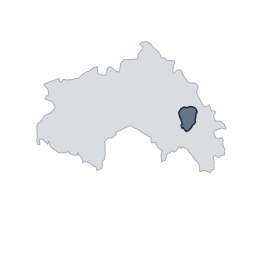 Kérouané on a map of Guinea (Natural Earth projection), rotated 334°
{"feature_id": "GIN-5642", "entity_name": "Kérouané", "entity_type": "Prefecture", "adm_level": 1, "iso_a3": "GIN", "parent_name": "Guinea", "parent_adm1": "", "projection": "natural_earth1", "projection_center": [-8.86, 9.325], "detail": "fine", "context": "in_parent", "style": "filled", "palette": "slate", "viewbox_px": 256, "rotation_deg": 334, "n_neighbors": 0, "source": "natural_earth", "source_scale": "10m", "svg_char_len": 4116}
<svg xmlns="http://www.w3.org/2000/svg" viewBox="0 0 256 256"><g transform="rotate(334 128 128)"><path d="M153.8,168.7L152.0,168.4L151.1,168.8L148.7,172.1L147.2,173.4L145.0,173.0L144.1,173.3L143.5,172.9L144.4,171.1L145.5,167.5L148.5,163.8L148.6,163.1L147.4,160.9L146.1,158.1L146.1,155.0L145.9,152.7L143.2,152.1L142.7,151.7L142.6,151.0L144.1,147.1L144.3,146.3L144.1,145.6L142.4,143.6L139.9,140.0L135.5,132.4L133.9,130.9L132.4,128.6L131.8,127.1L130.1,126.6L114.9,126.7L114.6,128.6L109.3,130.0L106.1,128.4L102.5,129.3L100.7,130.3L99.4,134.7L98.6,135.7L97.8,137.6L97.1,138.7L96.3,140.9L94.6,144.0L92.8,145.9L89.7,147.0L88.7,150.3L88.0,151.5L86.9,152.4L85.6,153.0L83.1,152.4L81.7,153.0L81.5,152.2L82.3,149.6L81.6,148.3L79.2,145.6L79.0,144.3L78.3,142.6L75.1,139.2L72.2,139.4L73.0,136.6L73.0,132.7L72.0,130.6L72.3,128.5L71.7,128.6L70.7,130.1L69.1,129.6L65.9,127.4L64.3,125.2L64.1,123.3L63.8,122.6L62.8,122.9L60.8,122.9L54.6,119.6L50.3,111.2L50.2,109.3L50.9,106.0L50.7,105.1L48.7,107.3L48.3,105.8L46.8,102.5L46.4,100.5L44.9,99.7L43.7,99.5L42.8,100.1L41.6,104.1L40.7,104.1L39.8,103.2L40.0,100.3L42.4,96.6L46.4,87.3L47.8,85.2L48.7,84.4L50.6,84.3L54.2,83.1L58.7,80.2L62.1,80.4L66.2,80.1L71.4,78.1L71.5,71.8L71.4,70.5L69.5,69.2L68.4,68.1L67.5,66.7L66.3,65.8L66.4,64.7L68.7,63.4L70.9,63.4L71.6,62.9L72.1,62.0L72.7,59.8L73.0,57.4L71.6,54.2L71.7,51.9L79.4,52.3L83.6,52.9L87.1,53.1L87.6,53.6L87.1,55.8L87.6,57.1L88.8,57.4L90.7,55.9L91.7,56.2L93.9,58.1L95.9,58.6L98.1,59.7L100.2,60.2L102.0,60.2L103.4,61.2L106.0,61.6L109.3,60.2L111.9,59.6L115.6,59.5L117.5,59.9L123.1,58.8L127.5,59.4L126.8,60.2L124.8,65.2L125.0,66.1L129.5,70.3L130.6,70.6L131.8,70.0L133.7,68.1L135.2,66.0L136.7,64.9L138.4,65.0L139.8,66.5L142.9,72.8L143.7,73.6L144.5,73.5L145.9,72.4L146.6,71.0L149.6,66.9L154.1,64.8L165.0,69.5L166.6,69.9L167.5,69.5L168.9,66.7L173.0,64.4L174.9,63.7L176.0,63.6L176.5,62.8L176.7,61.7L176.5,60.5L175.2,58.4L175.2,57.8L175.9,57.4L177.4,57.1L179.5,57.3L181.7,58.2L183.6,59.5L184.6,61.1L186.7,67.7L188.9,72.9L188.9,79.8L189.9,80.5L191.0,80.8L191.5,81.4L192.6,84.3L193.7,85.1L194.9,85.3L197.3,87.1L198.8,87.8L199.0,88.4L198.9,89.2L198.3,90.1L196.1,92.0L195.0,93.7L192.6,97.6L192.6,98.4L193.1,98.9L194.0,99.0L195.0,98.7L197.2,97.3L198.8,97.8L200.5,98.9L201.0,100.0L201.2,101.5L200.8,103.4L200.8,105.6L201.3,109.3L202.2,112.9L203.0,114.3L208.4,117.5L208.9,118.7L209.2,120.1L208.8,122.0L208.2,123.0L205.3,125.9L204.8,127.2L205.1,129.8L205.3,140.5L206.4,142.4L207.8,143.3L211.0,142.8L211.0,145.8L210.5,149.1L212.4,150.1L213.4,151.2L213.9,152.1L210.9,153.9L210.0,154.9L209.6,157.7L209.7,160.3L213.7,162.1L215.3,164.3L216.0,166.6L216.2,170.8L215.9,171.8L214.8,171.8L212.8,169.2L209.7,168.9L207.4,168.4L203.5,168.8L202.9,169.5L202.4,175.2L203.4,176.1L205.2,177.2L206.4,177.6L207.4,177.5L208.2,178.2L208.3,180.0L207.8,181.4L206.8,182.7L205.5,185.9L205.8,188.9L203.6,193.6L203.0,194.6L200.1,193.6L198.3,193.3L196.9,194.5L195.0,192.7L194.7,191.2L194.0,190.9L192.8,190.9L191.6,191.7L191.1,193.2L190.8,196.3L188.7,199.2L187.2,202.8L185.5,202.4L185.2,202.9L183.3,203.8L181.8,204.1L181.4,203.1L180.4,202.3L179.4,200.8L178.3,199.6L176.1,198.7L175.2,199.1L174.1,199.0L173.5,198.5L173.6,197.8L174.7,195.9L175.4,194.2L175.7,192.3L175.7,190.5L175.1,187.9L174.1,185.9L173.9,184.8L174.0,183.1L173.8,181.6L173.4,180.8L173.0,177.9L172.4,177.3L172.1,175.0L172.2,172.6L171.3,171.7L170.0,171.0L169.2,170.1L168.7,169.0L168.2,168.7L167.8,168.8L167.4,169.4L166.9,169.6L166.2,167.3L165.8,167.2L165.3,167.8L159.1,170.2L158.3,168.1L157.1,167.7L155.0,168.6L153.8,168.7Z" fill="#d9dde1" stroke="#a8b0b8" stroke-width="1"/><path d="M176.5,151.9L176.9,148.9L178.9,147.5L179.3,142.5L179.5,140.5L180.3,136.6L181.6,135.4L184.0,134.0L187.4,133.7L188.5,134.2L189.0,135.3L190.0,135.6L192.4,135.7L193.4,136.2L194.9,136.9L196.0,138.1L197.2,139.8L197.4,141.6L197.1,143.8L196.1,144.1L195.8,145.3L195.0,145.6L194.2,146.8L193.7,148.0L192.6,148.9L191.5,151.0L191.4,151.3L191.4,151.6L191.2,152.0L191.1,152.4L190.2,152.8L189.2,153.4L187.4,153.8L186.4,154.3L185.3,155.4L181.0,156.9L178.8,156.6L178.1,154.4L177.7,152.1L176.5,151.9Z" fill="#64748b" stroke="#1e293b" stroke-width="1.5"/></g></svg>